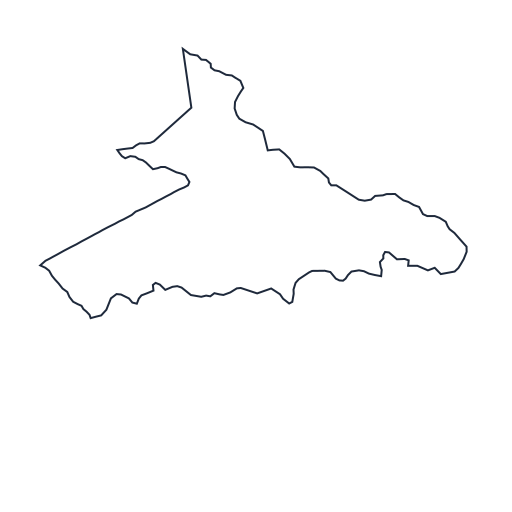 Augustinópolis, Tocantins, Brazil, rotated 302°
{"feature_id": "56859067B65363701866264", "entity_name": "Augustinópolis", "entity_type": "district", "adm_level": 2, "iso_a3": "BRA", "parent_name": "Brazil", "parent_adm1": "Tocantins", "projection": "robinson", "projection_center": [-47.935, -5.523], "detail": "fine", "context": "isolated", "style": "outline", "palette": "slate", "viewbox_px": 512, "rotation_deg": 302, "n_neighbors": 0, "source": "geoboundaries", "source_scale": "gbopen_adm2", "svg_char_len": 2746}
<svg xmlns="http://www.w3.org/2000/svg" viewBox="0 0 512 512"><g transform="rotate(302 256 256)"><path d="M380.7,412.0L381.3,406.0L382.8,402.8L385.6,398.8L385.6,391.4L384.6,386.5L380.6,380.0L380.0,375.4L384.0,368.3L382.8,362.7L382.6,356.6L381.3,351.5L381.6,346.5L382.3,341.1L377.6,333.8L374.7,331.5L370.1,325.2L364.8,323.7L360.5,318.9L358.2,313.3L358.4,298.3L358.5,286.7L355.8,282.4L357.0,278.9L360.1,276.2L361.3,269.5L362.2,265.5L361.8,258.3L358.6,252.7L354.6,246.5L352.1,241.2L356.2,233.3L357.9,225.9L358.7,219.2L355.0,214.0L351.8,210.0L359.6,202.0L365.7,195.6L366.0,183.9L363.9,176.3L363.6,169.1L365.5,164.9L369.8,159.7L375.5,156.6L382.1,156.0L387.8,156.0L391.8,156.2L396.3,149.9L396.2,144.0L396.3,139.8L393.8,134.6L393.2,126.9L391.5,122.4L391.9,117.9L395.0,115.7L395.8,109.7L393.6,105.6L395.0,100.2L392.2,93.3L392.9,84.2L347.5,122.6L343.8,121.5L299.2,108.6L295.9,106.3L292.3,101.7L289.9,97.7L286.4,95.7L282.2,94.1L279.1,90.2L276.0,86.4L272.4,82.2L270.8,85.9L269.6,89.4L269.6,93.3L274.1,96.5L276.2,101.1L276.0,105.2L277.2,109.1L277.0,113.1L276.0,117.7L275.0,122.6L278.4,126.1L281.0,128.1L283.3,131.8L283.9,136.2L284.3,139.9L284.8,144.2L286.2,148.6L287.0,153.4L285.2,156.8L283.5,160.3L279.9,160.9L276.0,158.7L271.7,155.6L266.7,152.6L263.4,150.9L258.9,148.2L254.3,145.6L250.4,143.2L238.7,136.7L229.8,130.4L225.0,128.9L221.3,126.8L216.8,124.2L212.8,121.6L208.6,119.3L205.7,117.5L201.8,115.1L196.5,112.0L192.9,110.1L188.9,107.7L186.0,106.1L180.9,103.2L176.1,100.4L170.7,97.5L165.3,94.2L158.8,90.4L151.7,86.5L147.7,84.2L144.6,82.5L140.4,80.0L133.7,78.0L134.4,83.5L133.9,88.4L131.1,93.4L129.5,98.1L128.1,103.2L125.9,109.2L125.5,115.0L122.4,119.5L120.3,125.2L120.7,130.3L121.3,134.4L119.5,137.8L119.0,141.7L117.9,146.0L115.7,148.7L119.9,152.6L123.6,156.2L126.9,156.8L131.1,157.6L143.2,155.4L149.8,157.9L151.8,161.9L152.7,170.7L151.0,175.8L152.4,180.2L157.8,179.2L161.9,179.7L166.6,183.3L172.3,187.4L176.8,183.9L180.0,185.1L180.8,189.6L179.2,197.0L185.6,201.5L188.7,205.2L189.8,209.6L188.4,221.5L192.4,231.2L196.0,234.7L197.6,238.6L202.4,240.4L204.2,245.6L205.7,249.0L211.5,253.5L218.4,256.9L220.8,260.0L224.9,276.8L236.5,286.1L236.3,296.6L234.1,301.6L233.3,309.3L236.3,311.1L243.9,308.0L247.4,305.6L251.1,304.6L254.2,303.8L259.0,304.6L270.2,309.7L273.1,311.5L279.9,322.1L281.8,327.6L279.1,335.7L279.5,339.7L281.2,342.9L284.3,344.0L288.6,344.1L293.4,345.2L298.4,350.9L300.3,355.6L300.9,361.1L302.8,366.7L305.2,372.8L310.8,370.0L312.9,367.4L316.5,364.3L321.4,365.3L324.1,363.5L327.8,363.3L329.5,366.9L327.9,377.3L332.3,383.7L333.2,387.8L328.3,390.2L333.2,398.0L334.9,409.4L340.7,413.8L338.6,422.3L348.1,432.7L353.1,434.0L357.7,434.0L363.4,433.8L371.2,432.4L375.5,429.6L378.0,421.0L380.7,412.0Z" fill="none" stroke="#1e293b" stroke-width="2"/></g></svg>